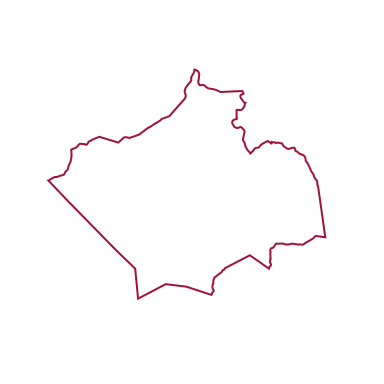 the district of Morolica, Choluteca, Honduras, rotated 17°
{"feature_id": "27666195B91678508389935", "entity_name": "Morolica", "entity_type": "district", "adm_level": 2, "iso_a3": "HND", "parent_name": "Honduras", "parent_adm1": "Choluteca", "projection": "albers", "projection_center": [-86.88, 13.564], "detail": "fine", "context": "isolated", "style": "outline", "palette": "rose", "viewbox_px": 384, "rotation_deg": 17, "n_neighbors": 0, "source": "geoboundaries", "source_scale": "gbopen_adm2", "svg_char_len": 5937}
<svg xmlns="http://www.w3.org/2000/svg" viewBox="0 0 384 384"><g transform="rotate(17 192 192)"><path d="M171.6,309.8L193.8,287.8L214.2,284.2L240.6,284.7L240.7,284.4L240.8,284.2L240.8,283.4L240.7,282.6L240.8,282.3L241.1,281.7L241.6,281.0L241.7,280.7L241.7,280.4L241.6,280.1L241.5,279.8L240.0,278.2L239.5,277.5L239.3,277.1L239.0,275.7L238.9,275.2L238.9,274.6L238.9,274.1L239.1,273.5L239.1,273.2L238.9,272.6L238.5,271.2L238.3,270.1L238.4,269.2L238.4,267.9L238.5,267.5L238.6,267.1L240.1,265.0L241.3,263.2L243.3,260.7L243.7,259.7L244.0,259.2L244.1,258.5L244.2,258.0L244.4,257.7L245.0,257.5L245.2,257.2L245.8,255.5L245.8,255.2L265.8,235.6L288.1,242.8L288.1,240.8L288.3,240.1L288.6,239.8L288.8,239.5L288.9,239.0L288.8,238.5L288.7,238.1L288.4,237.7L288.1,237.4L287.6,237.0L287.0,236.2L287.2,235.9L287.2,235.6L286.8,234.8L286.6,234.3L286.5,234.0L286.6,233.7L286.8,233.3L286.8,232.9L286.7,232.8L286.4,232.5L286.3,232.3L286.1,231.5L285.9,230.5L285.8,230.3L285.5,229.8L284.8,227.8L284.7,227.3L284.7,227.1L284.8,226.9L284.8,226.6L284.6,226.3L284.2,225.7L284.0,225.3L283.8,224.8L283.8,224.3L283.8,223.6L284.0,222.9L284.3,222.7L285.5,221.9L285.7,221.7L285.9,221.3L286.2,220.8L287.0,218.3L287.2,217.4L287.4,216.9L287.8,216.7L288.8,216.4L290.8,215.8L292.0,215.4L292.9,215.1L293.5,214.8L294.2,214.7L294.9,214.8L295.3,214.9L296.2,214.7L296.9,214.7L297.4,214.6L298.4,214.4L300.7,213.5L302.5,212.2L302.9,212.0L303.8,211.9L306.9,211.5L307.9,211.3L308.8,211.3L309.6,211.0L310.4,210.5L310.8,210.5L311.2,210.5L312.0,210.4L312.5,210.3L313.0,209.9L313.6,209.8L314.0,209.4L314.7,208.4L315.7,207.2L317.0,205.8L319.4,203.2L320.0,202.6L320.5,202.0L321.0,201.5L321.4,200.9L322.1,199.7L322.7,198.4L322.9,198.2L323.3,197.9L323.5,197.8L332.7,196.3L310.9,149.7L310.5,149.4L310.0,148.9L309.4,147.3L309.1,146.5L308.4,144.9L307.8,144.4L305.8,143.2L305.4,142.8L304.8,142.3L304.3,141.5L303.3,140.3L303.1,139.8L302.8,139.5L302.4,139.1L300.0,137.4L299.7,137.1L298.9,136.2L298.3,135.2L294.3,130.9L293.4,130.1L292.5,129.6L291.8,129.1L291.7,128.9L291.4,128.4L290.9,127.0L290.6,126.5L289.7,125.5L288.9,124.8L288.3,124.5L287.8,124.3L286.9,124.3L285.9,124.0L285.0,123.9L284.7,123.9L284.3,124.0L284.0,124.0L283.3,123.8L281.7,123.0L281.0,122.7L280.7,122.6L279.5,122.7L279.3,122.6L279.1,122.5L278.9,122.3L278.4,121.4L277.7,120.4L277.1,120.0L276.8,119.8L276.5,119.8L276.3,119.8L275.9,120.0L274.5,120.7L272.4,122.2L271.9,122.5L271.5,122.6L271.1,122.7L270.3,122.6L269.2,122.4L266.7,121.5L266.2,121.3L265.9,121.1L265.5,120.8L264.9,120.1L264.0,119.4L263.8,119.3L263.6,119.2L263.2,119.4L262.5,119.5L260.4,119.5L259.6,119.6L259.3,119.8L258.5,120.6L258.3,120.7L258.0,120.7L256.6,120.2L255.9,120.5L255.4,120.8L254.4,120.9L254.1,120.8L253.8,120.8L253.9,121.5L253.8,122.1L253.8,122.4L253.6,122.5L253.4,122.4L252.8,122.0L252.1,121.6L251.9,121.6L251.5,121.6L251.1,121.6L250.5,121.4L250.1,121.1L249.7,121.1L249.3,121.3L248.9,121.6L248.1,122.4L245.5,125.0L244.1,127.0L243.7,127.7L243.4,128.3L243.3,129.2L243.0,129.7L242.4,130.1L240.2,131.2L239.4,132.1L238.8,133.0L238.6,134.5L238.1,135.3L237.5,136.3L237.4,136.5L237.2,137.2L237.0,137.7L236.6,138.2L236.4,138.2L236.2,137.8L236.1,137.6L235.7,137.2L234.1,136.4L233.0,135.8L232.2,135.1L231.3,134.2L229.8,132.8L228.1,130.0L226.6,128.3L225.9,127.9L225.6,127.5L225.4,127.1L225.3,126.7L225.0,123.3L224.9,120.4L224.7,119.6L224.6,119.0L224.4,118.5L224.1,118.0L223.7,117.6L223.4,117.4L221.0,116.0L220.2,115.8L219.4,115.7L219.2,115.7L219.0,115.8L217.3,117.3L216.7,117.6L216.4,117.6L215.7,117.6L214.6,117.6L213.9,117.4L213.3,117.2L212.8,116.8L212.0,115.9L211.1,115.3L210.7,114.9L210.4,114.5L210.1,114.0L210.0,113.5L210.0,112.9L210.1,112.0L210.3,111.6L210.8,110.9L211.8,110.0L212.2,109.8L212.7,109.6L213.0,109.5L213.3,109.2L213.5,109.1L213.5,108.9L213.4,108.5L213.0,107.8L212.8,107.2L212.3,105.9L212.1,105.5L211.9,104.6L211.1,101.9L210.8,101.2L210.7,100.9L210.8,100.7L211.0,100.3L211.6,100.1L214.4,99.5L214.9,99.1L215.6,98.6L216.2,97.7L216.6,95.9L217.0,95.1L217.1,94.5L217.1,94.0L216.9,93.5L216.9,92.6L216.9,92.0L217.0,91.1L216.3,91.3L215.8,91.3L215.2,90.9L214.4,90.2L213.6,89.5L212.2,88.6L211.7,88.3L211.0,87.6L210.6,87.1L210.3,86.5L210.1,85.8L210.2,85.2L210.8,84.4L211.2,84.1L211.7,83.8L212.2,83.3L212.4,83.0L212.3,82.4L211.7,81.7L210.4,80.8L192.0,87.3L191.1,87.7L190.1,88.0L189.2,88.0L188.4,87.8L185.7,87.5L184.8,87.4L184.5,87.4L183.6,87.4L182.0,87.5L177.6,88.1L176.9,88.1L176.1,87.9L175.0,87.5L172.8,86.5L172.3,86.4L171.7,86.3L171.2,86.4L168.9,87.4L168.5,87.5L168.2,87.5L167.9,87.5L167.7,87.3L166.9,86.5L166.2,85.9L166.0,85.4L165.7,84.5L165.4,81.7L164.9,79.7L164.7,78.1L164.5,77.2L164.1,76.4L162.8,75.1L162.3,74.8L161.5,74.5L160.3,74.3L158.7,74.2L158.5,74.4L158.8,74.7L158.9,75.0L158.8,77.8L158.7,78.5L158.0,81.1L157.8,81.9L157.8,82.5L157.8,82.9L158.6,85.1L158.6,85.3L158.6,85.8L158.3,87.2L157.0,89.9L155.7,93.6L155.6,94.1L155.5,94.6L155.4,96.6L155.4,96.9L155.5,97.5L155.8,98.6L157.3,100.5L157.7,101.3L157.9,101.8L158.0,102.1L158.0,102.5L158.0,104.2L157.9,104.7L148.2,126.0L141.5,131.2L141.2,131.8L141.0,132.6L137.6,136.4L136.6,137.4L132.7,142.3L131.2,143.5L124.5,152.7L116.4,158.6L114.7,158.7L112.9,158.9L111.6,159.4L110.9,159.8L107.1,166.3L87.1,166.3L86.5,166.9L85.5,167.7L83.9,169.0L81.2,171.2L80.9,171.5L80.6,172.1L80.0,172.7L78.5,174.0L78.4,174.4L78.1,176.0L78.0,176.3L77.5,177.4L77.0,177.9L76.5,177.7L76.0,177.6L74.9,177.7L72.2,178.3L70.9,178.6L70.7,178.7L70.0,179.7L69.4,181.0L69.0,182.2L68.6,182.8L67.3,184.2L64.7,186.2L64.3,186.6L64.1,186.8L64.2,187.2L64.6,188.1L65.3,189.8L65.8,191.5L66.2,192.6L66.3,193.0L66.6,194.7L66.7,196.3L67.0,198.5L66.4,203.1L66.4,204.0L66.6,205.5L66.5,206.6L66.4,207.2L66.0,208.0L65.7,208.7L65.2,209.6L64.9,210.2L64.8,211.1L64.6,212.6L63.9,213.2L62.4,214.4L61.9,214.7L61.1,215.0L60.7,215.3L60.3,215.6L59.9,216.1L59.2,216.6L58.1,217.2L56.5,217.8L56.1,218.1L55.4,218.6L54.2,220.0L53.3,220.8L52.0,222.5L51.7,222.8L51.3,223.0L77.0,237.5L136.9,270.1L160.1,281.9L171.6,309.8Z" fill="none" stroke="#9f1239" stroke-width="2"/></g></svg>